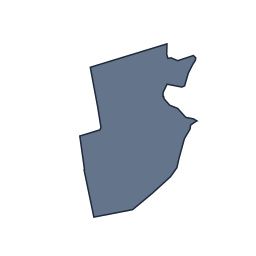 the district of Chegutu Urban, Mashonaland West, Zimbabwe, rotated 28°
{"feature_id": "62879985B25835202040787", "entity_name": "Chegutu Urban", "entity_type": "district", "adm_level": 2, "iso_a3": "ZWE", "parent_name": "Zimbabwe", "parent_adm1": "Mashonaland West", "projection": "natural_earth1", "projection_center": [30.15, -18.125], "detail": "fine", "context": "isolated", "style": "filled", "palette": "slate", "viewbox_px": 256, "rotation_deg": 28, "n_neighbors": 0, "source": "geoboundaries", "source_scale": "gbopen_adm2", "svg_char_len": 896}
<svg xmlns="http://www.w3.org/2000/svg" viewBox="0 0 256 256"><g transform="rotate(28 128 128)"><path d="M151.7,33.3L140.3,45.2L133.1,45.8L130.6,47.8L127.6,44.8L122.9,35.4L108.7,49.6L66.2,92.1L91.8,124.2L104.0,140.4L104.0,142.9L89.2,157.7L108.8,184.7L108.7,185.4L139.7,222.7L170.4,197.9L179.9,174.7L188.4,151.0L189.8,140.1L187.1,130.1L182.8,110.9L183.3,100.0L183.0,99.2L183.0,98.9L182.7,98.3L182.5,97.7L182.5,97.4L182.2,96.9L182.2,96.6L182.0,96.3L182.0,96.0L182.0,95.7L182.0,95.4L182.2,95.1L182.5,94.9L182.5,94.6L182.7,94.3L183.0,94.0L183.0,93.7L183.2,93.4L183.5,93.1L183.5,92.8L183.7,92.3L184.2,91.7L184.5,91.1L184.7,90.5L185.0,90.2L185.2,89.7L185.5,89.4L181.5,89.2L173.9,91.5L162.7,87.4L154.0,88.3L146.4,85.4L144.6,83.4L144.1,83.7L142.3,80.0L141.9,71.0L156.3,66.6L158.2,64.2L155.5,51.3L155.3,42.1L155.7,36.5L154.8,34.2L151.7,33.3Z" fill="#64748b" stroke="#1e293b" stroke-width="1.5"/></g></svg>